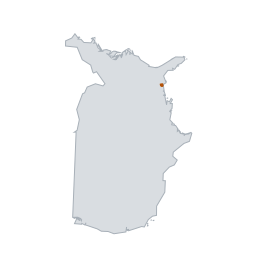 Washington, Florida, United States of America (highlighted), rotated 260°
{"feature_id": "52423323B12905112958239", "entity_name": "Washington", "entity_type": "district", "adm_level": 2, "iso_a3": "USA", "parent_name": "United States of America", "parent_adm1": "Florida", "projection": "orthographic", "projection_center": [-85.799, 30.61], "detail": "fine", "context": "in_parent", "style": "filled", "palette": "amber", "viewbox_px": 256, "rotation_deg": 260, "n_neighbors": 0, "source": "geoboundaries", "source_scale": "gbopen_adm2", "svg_char_len": 4081}
<svg xmlns="http://www.w3.org/2000/svg" viewBox="0 0 256 256"><g transform="rotate(260 128 128)"><path d="M203.2,94.8L216.3,92.0L219.6,80.7L224.7,81.7L226.3,88.2L230.0,92.1L225.4,94.4L225.4,95.7L224.2,94.3L223.5,97.1L219.9,99.4L218.3,106.3L221.1,108.8L222.6,108.3L221.9,107.1L222.5,107.6L222.9,109.0L218.6,110.5L217.5,109.1L217.4,111.2L212.3,112.3L208.7,115.4L208.9,113.8L208.5,112.9L207.8,116.6L209.0,117.1L209.0,120.2L206.8,124.4L203.7,122.2L205.1,119.6L203.4,121.5L204.4,124.1L205.8,125.6L206.2,127.3L203.4,134.0L204.0,129.9L201.0,126.4L202.3,122.2L199.8,123.7L201.3,129.5L198.5,127.9L197.6,128.2L198.3,126.3L198.2,125.7L197.4,127.2L197.5,128.5L201.7,130.4L200.9,131.5L198.9,129.6L198.2,129.3L200.7,131.6L201.7,132.0L201.2,133.6L199.9,132.5L202.0,134.6L201.6,135.0L200.6,133.9L198.1,133.5L201.3,135.5L203.2,135.2L205.7,140.5L203.6,136.5L204.4,139.2L200.6,138.9L203.5,141.4L204.7,140.5L203.3,143.1L199.7,142.5L202.0,143.6L200.2,145.0L202.5,145.7L198.5,146.6L196.7,150.7L193.0,152.1L186.1,159.7L185.1,159.0L182.6,165.7L182.4,167.4L183.8,172.4L189.7,187.2L188.1,195.3L185.3,195.9L182.4,191.7L181.8,188.2L177.7,184.2L179.0,182.3L177.0,182.5L177.8,177.2L173.1,172.1L166.0,173.4L164.7,170.3L157.7,170.0L158.6,168.9L157.4,170.0L154.2,170.5L154.2,168.2L153.7,169.8L144.1,170.0L148.1,171.3L146.6,173.4L149.7,175.6L148.1,176.7L144.7,173.8L144.4,175.9L139.7,174.8L137.2,171.9L135.5,173.2L128.8,170.6L124.6,173.3L125.7,172.6L123.6,171.6L122.2,175.3L117.8,177.3L118.8,176.6L116.1,176.0L117.0,177.4L113.6,178.6L112.0,182.6L110.6,181.8L111.7,183.0L111.6,186.8L112.7,189.2L111.7,189.9L104.2,186.2L103.1,180.4L96.4,168.4L92.4,167.2L87.9,170.9L83.6,167.2L82.3,161.8L77.1,154.8L70.1,153.3L69.6,155.6L58.4,153.1L46.1,142.6L37.0,140.9L36.9,136.8L34.3,132.1L27.7,126.9L28.6,124.3L26.7,110.6L27.4,109.5L28.0,111.4L28.2,108.7L30.8,109.4L26.0,107.9L26.3,95.8L29.5,90.5L31.0,83.8L34.0,80.2L40.1,69.0L42.0,70.2L40.0,68.7L42.1,65.9L41.3,65.6L43.1,58.7L47.7,61.8L45.0,64.7L47.9,63.0L46.3,65.7L44.8,66.0L45.6,66.4L47.1,65.6L48.9,62.9L49.6,58.0L133.0,76.2L133.2,74.4L134.6,77.5L144.6,81.5L155.2,80.7L169.6,89.2L170.2,91.4L175.4,94.9L177.2,103.6L173.8,110.7L175.6,113.0L188.9,106.8L188.1,103.6L189.2,103.0L196.5,102.2L203.2,94.8ZM214.1,113.6L216.3,113.0L208.6,116.0L214.8,112.7L214.1,113.6ZM48.7,60.8L48.5,62.9L48.3,63.1L48.0,61.4L48.7,60.8ZM112.6,188.6L111.9,185.1L112.2,183.3L112.1,185.3L112.6,188.6ZM226.0,94.6L226.1,95.6L225.7,95.4L226.0,94.6ZM137.2,172.9L137.4,173.7L136.6,173.0L137.2,172.9ZM29.6,130.9L30.6,130.7L30.6,130.9L29.6,130.9ZM28.8,130.3L28.3,130.7L28.2,130.1L28.8,130.3ZM220.7,110.4L220.1,111.1L220.7,110.4ZM112.9,181.6L112.2,183.0L113.9,180.3L112.9,181.6ZM188.0,182.3L189.1,185.3L187.8,182.1L188.0,182.3ZM33.3,134.7L33.4,135.6L33.2,134.7L33.3,134.7ZM188.6,195.7L187.7,196.7L189.1,194.6L188.6,195.7ZM206.1,142.4L205.3,143.6L205.8,140.8L206.1,142.4ZM48.7,59.1L48.4,59.6L48.3,59.3L48.7,59.1ZM116.9,178.0L115.4,178.5L117.0,177.7L116.9,178.0ZM222.8,110.4L222.9,111.1L222.2,111.0L222.8,110.4ZM32.6,136.8L32.6,137.9L32.4,136.9L32.6,136.8ZM115.0,179.0L114.3,179.3L114.9,178.8L115.0,179.0ZM205.9,128.6L205.2,130.2L206.0,128.0L205.9,128.6ZM124.1,174.0L123.0,174.5L124.5,173.6L124.1,174.0ZM182.8,166.5L182.7,167.8L182.5,166.9L182.8,166.5ZM202.8,145.9L202.5,146.2L203.4,145.2L202.8,145.9ZM168.5,173.1L167.3,173.8L166.8,173.6L168.5,173.1ZM153.8,170.3L153.6,170.5L152.9,170.5L153.8,170.3ZM180.4,188.3L180.6,189.2L180.2,188.2L180.4,188.3ZM150.7,171.9L150.5,172.7L150.4,171.3L150.7,171.9ZM185.9,197.9L185.2,198.0L186.2,197.7L185.9,197.9ZM208.9,120.7L208.5,121.5L208.9,120.4L208.9,120.7ZM204.7,143.9L204.3,144.2L204.2,144.2L204.7,143.9Z" fill="#d9dde1" stroke="#a8b0b8" stroke-width="1"/><path d="M163.7,168.2L163.5,168.4L163.5,168.5L163.3,168.6L163.3,168.8L163.5,169.0L163.6,169.3L163.4,169.5L163.1,169.6L163.0,169.8L163.1,169.7L163.3,169.7L163.5,169.7L165.2,169.6L165.2,168.9L165.4,168.9L165.4,168.6L165.4,167.8L165.2,167.8L165.2,167.6L164.7,167.6L164.7,167.8L164.6,168.0L164.1,168.0L164.1,167.9L163.9,167.8L163.7,168.0L163.8,168.1L163.7,168.2Z" fill="#f59e0b" stroke="#b45309" stroke-width="1.5"/></g></svg>